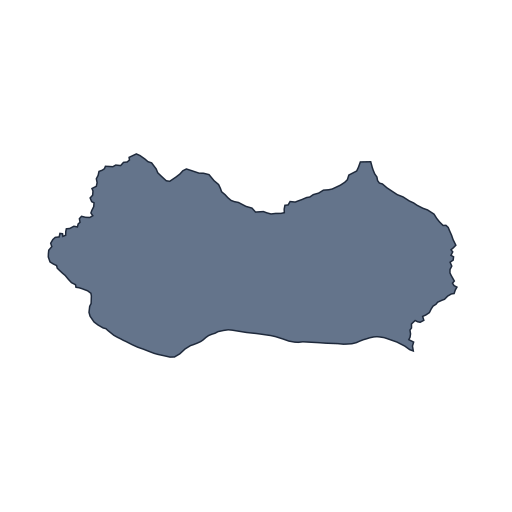 Tupiratins, Tocantins, Brazil (Albers equal-area conic projection), rotated 104°
{"feature_id": "56859067B80877563897035", "entity_name": "Tupiratins", "entity_type": "district", "adm_level": 2, "iso_a3": "BRA", "parent_name": "Brazil", "parent_adm1": "Tocantins", "projection": "albers", "projection_center": [-48.216, -8.355], "detail": "fine", "context": "isolated", "style": "filled", "palette": "slate", "viewbox_px": 512, "rotation_deg": 104, "n_neighbors": 0, "source": "geoboundaries", "source_scale": "gbopen_adm2", "svg_char_len": 3213}
<svg xmlns="http://www.w3.org/2000/svg" viewBox="0 0 512 512"><g transform="rotate(104 256 256)"><path d="M199.8,240.2L203.7,240.0L207.1,239.0L208.6,242.0L210.0,247.4L211.6,251.6L211.5,256.0L211.1,259.6L213.5,267.1L210.5,271.5L210.3,277.7L208.3,286.0L208.5,290.2L208.1,293.7L206.2,297.5L204.0,300.8L202.0,304.9L199.0,306.9L195.7,309.6L193.1,314.9L188.4,321.3L188.4,326.9L189.4,331.2L188.8,338.7L188.4,344.6L191.0,347.6L194.9,349.7L198.7,352.7L204.4,357.8L204.7,361.3L201.7,366.8L199.0,371.5L195.7,373.9L190.9,379.8L190.6,383.7L188.8,387.2L186.6,392.9L185.9,396.8L191.0,403.0L193.5,402.0L196.0,403.8L197.2,407.2L201.0,409.2L201.7,414.1L204.0,416.5L204.7,420.4L205.4,423.8L208.0,424.2L210.0,426.0L211.9,428.8L216.0,428.7L219.7,429.6L223.3,427.9L227.0,427.8L230.2,431.5L232.4,429.9L236.5,429.2L239.8,431.0L243.0,428.6L243.6,426.0L247.4,425.4L251.4,426.3L254.2,426.6L256.4,424.1L258.8,426.5L259.7,430.7L259.7,434.9L262.5,436.4L265.9,434.9L267.9,436.3L271.0,436.3L271.2,439.9L274.3,443.3L275.5,446.6L278.3,446.5L281.9,445.7L283.7,448.1L281.2,449.1L281.5,451.7L285.1,451.6L286.5,455.3L289.2,457.1L293.3,458.3L296.3,456.4L300.5,458.5L304.0,458.0L307.2,457.3L311.6,454.4L312.8,450.7L313.5,447.2L315.9,445.9L317.6,443.0L319.5,439.6L321.0,436.5L324.1,432.3L326.5,428.6L327.5,424.2L329.9,423.1L329.6,420.0L329.8,417.0L330.5,411.0L332.1,407.2L334.5,406.1L342.0,404.5L345.1,405.2L351.1,404.4L354.6,402.4L359.2,397.2L361.2,392.5L362.8,386.9L362.8,384.1L364.2,381.5L367.3,374.8L368.4,370.8L369.1,367.4L369.9,364.4L370.4,361.6L372.0,354.7L373.1,348.8L373.4,345.5L373.7,342.3L374.4,337.1L375.1,331.2L375.2,327.4L375.0,320.9L374.9,315.0L373.7,310.7L369.4,306.3L363.3,302.3L358.7,297.8L357.4,295.7L354.8,292.0L352.4,289.0L350.3,287.1L347.0,284.8L344.6,282.7L342.5,279.8L340.8,277.0L338.6,274.6L336.1,269.5L334.3,265.1L333.7,261.1L332.5,246.7L331.1,236.8L330.7,233.2L329.6,222.3L329.5,217.5L330.0,209.8L330.6,203.5L330.2,197.6L329.5,194.0L327.9,189.8L324.8,173.6L323.7,167.2L321.2,155.3L320.4,149.8L319.6,147.0L317.9,141.7L315.8,137.7L313.6,134.9L311.2,131.5L309.6,128.7L307.9,126.0L306.0,122.1L305.0,119.1L304.6,116.4L304.2,111.9L304.4,109.2L305.4,98.5L307.4,89.9L309.7,84.2L310.1,80.4L305.5,82.4L301.4,82.2L300.2,87.5L297.5,86.9L294.2,87.2L290.6,88.7L288.2,87.7L284.3,88.7L280.1,86.0L280.7,83.3L280.6,80.7L277.8,77.6L274.3,79.7L272.1,76.9L269.0,74.1L265.0,73.2L261.8,72.1L259.3,69.7L256.9,68.6L253.9,64.8L252.4,62.6L248.5,60.3L245.5,57.2L244.5,54.7L240.8,54.4L237.6,53.5L236.8,56.7L234.8,58.8L232.3,57.5L227.8,61.8L225.5,63.7L222.2,64.5L218.4,63.6L215.1,66.2L212.3,63.7L209.0,64.1L208.2,67.0L204.4,66.1L202.8,68.3L200.3,66.5L197.2,64.7L192.5,68.7L188.5,71.3L184.4,74.5L181.8,76.4L180.3,79.1L181.1,81.9L178.4,86.4L175.7,89.9L172.3,93.4L169.8,100.7L169.3,105.6L167.8,112.1L166.4,115.8L165.5,120.6L163.1,127.6L162.3,133.8L158.2,145.4L155.5,150.8L155.4,153.9L153.4,156.3L150.1,157.8L147.6,160.7L144.2,163.2L141.8,164.7L136.8,167.5L139.5,177.5L145.3,178.1L149.2,178.9L155.0,185.5L159.9,185.8L163.0,187.7L166.9,191.3L172.6,198.3L174.2,201.6L175.8,206.5L179.8,210.4L182.6,215.3L185.8,218.1L187.0,221.0L190.2,225.2L192.6,228.8L194.2,231.0L194.9,236.1L198.7,237.2L199.8,240.2Z" fill="#64748b" stroke="#1e293b" stroke-width="1.5"/></g></svg>